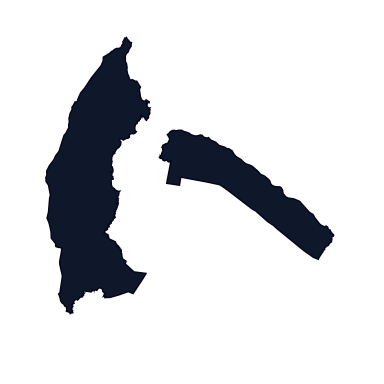 the district of Sarangani, Sarangani, Philippines, rotated 190°
{"feature_id": "2640588B5697622806390", "entity_name": "Sarangani", "entity_type": "district", "adm_level": 2, "iso_a3": "PHL", "parent_name": "Philippines", "parent_adm1": "Sarangani", "projection": "natural_earth1", "projection_center": [125.142, 6.055], "detail": "fine", "context": "isolated", "style": "filled", "palette": "ink", "viewbox_px": 384, "rotation_deg": 190, "n_neighbors": 0, "source": "geoboundaries", "source_scale": "gbopen_adm2", "svg_char_len": 6056}
<svg xmlns="http://www.w3.org/2000/svg" viewBox="0 0 384 384"><g transform="rotate(190 192 192)"><path d="M232.4,81.8L225.5,97.7L223.2,103.8L235.3,103.2L245.3,109.6L245.0,112.4L248.7,114.0L249.6,115.8L250.6,118.7L250.5,119.0L251.4,119.9L251.3,121.5L252.2,123.2L252.9,123.3L253.7,124.7L254.5,124.8L254.4,125.1L255.3,125.9L256.1,125.6L256.0,126.0L256.3,126.4L256.1,126.5L256.9,126.9L257.3,127.6L258.1,127.7L258.3,128.7L258.8,128.9L258.8,129.6L265.8,131.5L266.2,132.9L266.9,132.9L266.8,133.8L267.4,133.5L267.4,135.4L269.4,135.8L269.9,136.4L271.5,136.6L271.5,137.2L271.0,138.2L271.1,139.1L270.2,139.3L268.8,140.5L269.1,142.0L268.1,143.4L267.6,143.5L268.0,144.5L268.8,144.5L268.9,144.8L268.4,145.7L267.3,146.0L267.2,147.7L266.2,147.5L266.5,149.1L265.9,149.3L265.0,150.4L264.7,152.2L263.3,153.5L263.4,154.1L264.2,154.4L264.4,154.8L263.9,157.7L264.7,157.8L264.9,158.1L263.9,160.0L264.2,161.1L263.5,161.9L263.0,165.6L262.6,166.6L262.8,167.0L264.2,167.0L264.4,167.5L262.7,168.4L263.5,170.1L263.3,170.9L264.2,171.2L263.3,172.5L264.1,173.3L264.4,174.3L263.7,176.6L264.0,179.1L263.4,180.1L264.5,179.7L266.6,180.3L266.7,180.0L268.4,181.0L269.1,181.9L269.7,181.8L272.0,183.5L272.2,184.4L272.6,184.7L273.2,187.5L273.8,189.1L273.5,190.1L272.6,190.9L272.0,191.0L271.9,191.7L273.1,192.5L273.2,192.8L273.2,193.0L272.9,193.3L273.5,193.5L273.9,194.3L274.1,197.1L274.8,197.3L273.5,197.6L273.6,199.9L274.6,202.2L275.0,201.7L274.7,202.5L276.0,203.6L276.4,204.8L276.5,205.7L276.0,206.4L276.4,207.7L276.0,208.1L276.8,209.5L277.1,213.1L276.6,213.5L276.8,214.2L276.0,215.8L275.0,216.6L275.6,217.1L275.0,217.0L275.0,218.3L274.7,218.5L274.4,220.1L274.2,220.1L273.6,221.5L271.6,223.5L270.7,225.7L270.5,226.8L270.8,228.1L270.6,228.9L271.9,229.5L272.0,230.3L272.3,230.4L272.0,230.4L272.2,231.5L271.7,232.0L270.0,231.9L268.8,231.2L265.7,233.6L264.4,233.8L263.2,235.0L263.6,237.1L263.3,238.1L261.3,239.2L259.6,239.2L257.8,240.7L257.4,241.8L257.9,241.9L259.1,243.3L259.6,245.9L259.5,248.0L259.0,249.3L258.0,249.9L257.8,252.3L256.6,252.7L256.3,254.0L255.5,254.9L255.6,257.2L255.1,258.2L254.7,257.7L254.8,258.3L253.9,258.4L253.5,257.8L251.9,257.4L250.2,255.1L249.3,254.7L248.7,256.5L247.9,257.2L247.8,258.4L248.3,260.2L247.5,261.0L247.2,262.2L247.8,263.8L247.7,266.1L248.5,267.1L248.3,267.4L249.2,267.2L249.9,267.6L251.0,268.4L251.5,269.6L251.6,270.7L251.3,271.0L251.6,271.9L251.1,272.0L250.9,273.0L249.8,272.6L249.8,273.3L253.2,274.7L253.3,273.9L254.1,273.3L256.4,273.2L257.2,273.8L258.3,275.0L259.4,277.0L261.4,283.0L261.6,284.4L261.0,286.3L265.7,291.5L266.6,291.1L270.3,292.3L271.4,291.5L272.5,291.8L273.6,293.1L274.9,295.8L275.7,296.5L277.4,300.8L277.5,303.0L278.8,307.0L280.3,309.0L281.3,314.4L281.0,316.2L279.2,319.0L278.9,321.4L277.3,325.0L277.6,326.2L277.6,328.6L279.2,328.7L280.8,330.2L280.9,329.9L281.3,330.1L283.4,332.8L284.2,331.8L284.8,331.9L284.8,331.0L285.2,330.9L285.5,329.3L286.2,327.8L285.4,327.0L286.0,325.5L285.6,324.5L286.5,324.4L287.1,321.7L289.7,320.4L290.9,320.4L293.2,318.8L294.5,317.0L295.6,316.4L297.0,314.4L302.7,309.4L302.2,305.8L303.4,300.6L310.9,286.9L315.7,275.7L318.8,270.3L320.3,264.4L320.8,261.1L321.6,260.5L322.7,260.4L324.1,256.2L324.9,254.8L324.4,252.1L325.6,248.4L325.9,243.0L324.9,239.5L325.1,237.5L324.9,235.3L324.4,234.4L326.5,227.6L327.8,225.7L330.0,209.0L332.6,203.8L333.7,199.5L337.0,193.1L338.7,187.4L337.8,183.5L338.4,180.9L337.4,176.8L334.5,173.9L330.9,164.4L331.1,161.1L329.8,147.4L330.2,141.2L327.7,137.3L325.8,133.2L323.8,128.1L322.5,122.1L317.5,117.7L316.6,114.7L314.5,114.3L312.4,114.5L310.5,113.9L310.5,115.2L310.2,110.3L310.2,100.5L309.6,97.8L305.0,86.7L304.5,69.8L305.6,68.6L303.6,65.1L302.4,62.0L301.0,60.4L298.6,59.1L297.2,57.4L296.7,57.6L295.3,56.4L295.2,55.4L294.5,54.3L294.9,54.4L295.0,52.8L291.8,52.3L290.8,51.7L290.8,51.2L290.3,51.4L290.2,52.1L288.5,52.4L289.1,53.6L289.0,54.5L289.7,54.8L290.5,56.1L289.9,57.0L290.1,57.7L289.4,58.4L290.0,59.0L290.0,59.4L290.3,59.1L290.5,59.7L290.3,60.8L290.0,60.8L289.8,61.7L288.9,62.0L289.6,63.3L289.2,64.8L288.7,64.8L288.6,65.6L287.5,66.3L285.9,65.8L283.6,69.3L282.2,69.4L280.9,71.5L281.4,72.0L280.4,73.8L282.2,73.6L280.9,76.1L279.6,75.9L273.8,76.2L273.2,77.2L272.9,78.5L271.8,78.4L271.4,77.9L271.4,78.3L270.9,78.4L270.7,78.9L268.7,78.6L267.9,80.3L266.3,81.8L263.4,80.9L262.6,78.7L260.3,77.0L261.0,74.0L260.6,74.3L260.0,74.0L259.4,74.1L259.5,72.9L254.3,74.0L245.8,78.2L237.4,82.9L232.4,81.8ZM230.1,220.8L230.0,220.3L229.0,219.7L227.1,219.8L225.9,218.2L224.7,217.9L222.4,219.1L221.0,217.9L219.7,217.6L218.1,218.9L218.4,196.2L205.5,196.5L205.7,204.7L179.9,204.5L165.7,204.0L157.9,200.4L129.3,185.5L126.1,184.5L112.1,175.9L106.0,173.3L103.2,171.4L72.3,154.1L61.1,148.8L55.9,147.7L55.8,149.0L52.4,156.9L52.5,157.5L51.5,158.4L51.6,159.9L50.4,161.7L48.4,163.3L48.2,164.3L47.3,165.9L46.0,167.1L46.4,168.1L46.0,169.0L46.5,169.2L46.2,170.5L46.6,171.0L46.3,172.3L45.5,172.8L45.9,173.1L45.4,173.9L45.7,174.3L45.3,174.4L47.8,176.3L49.3,178.1L49.3,178.4L51.1,178.7L52.4,181.0L53.9,181.7L53.8,181.1L55.1,180.6L59.1,181.7L60.6,182.5L66.9,188.2L68.7,190.7L73.0,192.4L84.5,201.5L90.7,202.9L96.3,202.7L98.7,203.4L102.0,206.2L102.9,208.5L103.1,208.4L103.0,209.3L103.7,210.4L104.8,211.1L104.9,211.8L106.8,212.3L107.5,211.7L108.0,211.7L107.9,212.0L110.9,211.7L114.0,212.2L116.1,213.9L117.6,216.7L118.9,217.7L123.3,220.2L127.8,221.4L130.2,223.5L136.8,227.6L139.9,228.5L143.3,229.0L143.4,229.4L143.4,229.0L144.4,229.3L147.1,230.8L149.2,232.4L154.6,234.4L157.2,236.5L160.0,239.8L160.8,239.8L162.9,240.9L165.4,240.8L167.5,241.8L173.4,242.5L177.4,245.1L182.6,246.4L185.2,248.4L186.5,247.7L189.0,247.8L190.1,248.1L191.8,249.5L193.5,249.6L196.7,248.1L199.1,247.7L202.7,248.2L205.6,249.6L206.6,249.4L207.4,249.9L210.4,250.1L213.0,251.0L216.1,250.4L218.5,249.4L219.8,249.7L222.0,249.1L223.9,247.5L225.1,245.2L226.2,244.3L223.7,241.4L223.2,240.2L223.3,238.6L223.6,238.2L223.4,237.9L223.8,237.7L223.9,236.7L224.7,235.5L226.4,234.8L227.7,233.6L228.6,233.2L229.3,230.7L228.6,230.3L227.5,226.7L228.3,226.1L228.8,221.8L229.1,221.4L229.5,221.8L229.4,221.0L230.1,220.8Z" fill="#0f172a" stroke="#020617" stroke-width="1.5"/></g></svg>